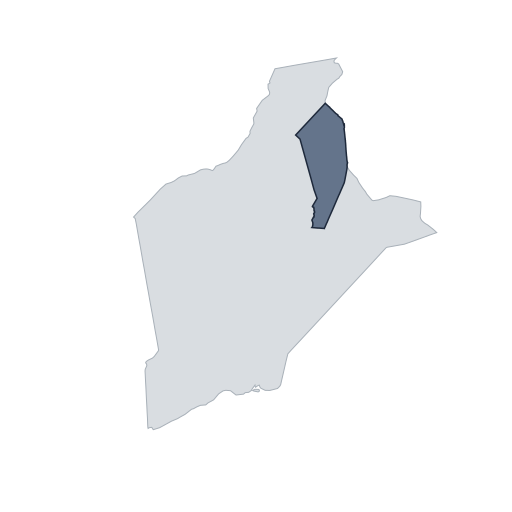 location of North Horr, Eastern, Kenya, rotated 43°
{"feature_id": "3690345B4448118045148", "entity_name": "North Horr", "entity_type": "district", "adm_level": 2, "iso_a3": "KEN", "parent_name": "Kenya", "parent_adm1": "Eastern", "projection": "equal_earth", "projection_center": [38.048, 3.18], "detail": "fine", "context": "in_parent", "style": "filled", "palette": "slate", "viewbox_px": 512, "rotation_deg": 43, "n_neighbors": 0, "source": "geoboundaries", "source_scale": "gbopen_adm2", "svg_char_len": 6169}
<svg xmlns="http://www.w3.org/2000/svg" viewBox="0 0 512 512"><g transform="rotate(43 256 256)"><path d="M139.9,311.0L139.8,304.3L140.5,287.3L140.4,272.3L141.1,264.8L143.8,260.1L145.1,256.7L146.0,251.8L147.4,247.9L150.6,244.7L151.2,243.0L154.7,237.6L156.7,230.8L158.3,228.4L160.2,226.3L161.6,225.2L163.9,224.0L165.7,223.4L166.0,222.8L166.1,221.7L165.5,217.5L166.3,216.1L167.5,213.2L168.9,210.6L170.1,208.9L170.8,207.2L171.2,204.2L171.2,202.1L171.2,198.6L170.8,190.7L169.4,184.2L168.5,176.8L169.1,174.4L168.0,170.1L167.4,169.8L166.5,168.9L165.3,164.8L164.4,161.1L163.8,160.2L159.9,156.9L158.0,149.3L155.8,147.6L154.7,140.0L154.4,137.8L155.7,130.2L155.6,128.5L154.3,126.9L150.6,125.2L147.6,122.1L148.0,121.0L148.2,119.9L146.7,119.1L142.2,106.1L148.0,98.4L153.9,90.5L161.5,80.5L168.5,71.3L174.5,63.4L179.8,56.3L179.7,57.7L179.7,59.5L180.4,60.6L181.5,61.3L183.0,60.5L184.3,59.4L185.6,59.2L193.7,62.1L195.0,64.7L194.9,67.5L195.3,69.5L194.7,71.5L194.0,77.5L194.2,83.1L196.6,87.2L198.7,90.5L200.4,95.0L201.7,96.4L203.4,97.2L208.9,97.3L217.1,97.6L225.0,97.9L225.7,98.0L227.4,98.7L234.6,104.8L241.2,110.4L246.9,115.3L252.3,120.1L257.6,124.7L261.7,128.5L265.8,129.7L272.3,130.3L276.9,130.4L281.1,132.1L287.4,133.6L292.0,134.3L294.9,135.2L302.7,136.1L304.0,135.6L307.4,131.3L311.3,124.4L312.8,120.6L317.8,116.8L326.6,111.5L332.8,107.8L339.6,104.1L342.8,107.3L347.1,112.5L349.0,115.1L350.6,116.2L352.9,117.0L355.8,117.0L357.3,116.9L360.5,116.2L367.9,115.6L372.2,115.6L368.6,122.5L364.4,130.8L356.5,146.1L350.5,154.1L345.9,160.2L345.5,161.2L345.5,168.0L345.6,184.5L345.7,217.6L345.8,250.7L345.9,283.7L345.9,300.3L346.0,305.8L349.9,312.8L353.8,319.5L359.0,328.5L361.8,333.3L362.2,335.0L362.1,338.2L357.8,344.9L354.3,348.0L349.7,349.4L348.3,349.2L346.4,348.2L345.7,349.8L345.2,352.3L344.1,351.8L343.3,351.1L343.8,355.5L344.3,357.7L343.6,360.7L341.3,363.3L341.1,365.5L336.2,371.3L329.2,371.9L325.5,374.8L323.9,377.1L322.7,382.3L323.1,390.1L321.1,396.1L320.8,399.2L317.2,403.1L315.6,406.7L314.4,410.4L313.4,412.0L312.1,420.2L310.5,425.1L310.0,426.8L309.6,428.3L308.3,431.2L307.4,433.2L306.8,434.5L302.6,447.3L299.3,453.1L296.6,452.4L294.9,454.6L294.7,455.7L293.8,455.1L291.6,453.0L287.2,448.6L282.7,444.3L278.3,440.0L273.8,435.7L269.3,431.3L264.9,427.0L260.4,422.7L255.9,418.3L253.3,415.8L252.2,414.3L251.2,411.3L250.8,410.5L249.6,409.6L248.2,409.4L247.8,408.8L247.8,407.4L248.3,405.3L249.9,401.3L250.1,399.0L249.8,396.3L249.3,392.1L248.8,391.1L245.9,388.9L239.7,384.2L233.5,379.6L227.3,374.9L221.1,370.2L214.9,365.6L208.6,360.9L202.4,356.2L196.2,351.6L190.0,346.9L183.8,342.2L177.6,337.6L171.4,332.9L165.2,328.2L159.0,323.6L152.8,318.9L146.6,314.2L144.2,312.5L142.1,311.0L139.9,311.0ZM346.4,356.3L345.3,356.7L345.9,354.4L349.1,351.6L350.4,352.2L350.6,352.9L350.5,353.5L350.0,354.1L346.4,356.3Z" fill="#d9dde1" stroke="#a8b0b8" stroke-width="1"/><path d="M286.6,187.4L286.4,187.0L286.3,186.6L286.0,185.9L285.1,183.3L285.0,182.8L284.8,182.3L284.4,181.3L284.2,180.7L283.7,179.4L283.5,178.8L283.0,177.4L280.7,170.7L280.1,169.0L277.9,162.9L275.1,155.1L274.8,154.0L274.6,153.5L273.9,151.5L273.7,151.0L272.8,148.4L270.8,142.8L270.6,142.3L270.4,141.9L268.9,139.4L263.0,130.1L262.7,129.8L262.5,129.4L261.9,128.8L261.7,128.5L261.3,128.1L260.9,127.8L260.8,127.6L260.6,127.5L260.5,127.4L260.4,127.1L260.2,127.0L260.1,126.9L260.0,126.7L259.9,126.5L259.8,126.3L259.7,126.2L259.7,125.9L259.4,125.4L259.2,125.2L259.0,125.3L258.2,124.7L257.8,124.4L257.3,124.0L256.8,123.7L256.6,123.4L256.4,123.2L255.8,122.7L255.4,122.3L254.8,121.8L254.5,121.5L253.6,120.8L253.4,120.6L253.0,120.2L252.5,119.8L252.1,119.4L251.1,118.5L250.7,118.2L250.2,117.7L249.9,117.4L249.3,116.9L249.0,116.6L248.5,116.1L248.2,115.8L247.2,114.9L246.3,114.0L244.7,112.5L244.5,112.3L243.3,111.3L242.9,110.8L242.6,110.6L242.4,110.4L241.9,110.1L241.6,109.7L240.0,108.4L239.5,107.9L239.3,107.8L238.8,107.3L237.9,106.5L237.7,106.4L237.3,106.0L237.1,105.8L236.7,105.5L236.3,105.1L235.9,104.8L234.7,103.8L234.5,103.6L234.1,103.2L234.0,103.3L233.9,103.2L233.6,103.0L233.4,102.8L233.4,102.7L233.0,101.8L232.9,101.7L232.8,101.4L232.7,101.3L232.5,101.2L232.4,101.1L232.2,101.1L231.8,100.8L231.7,100.6L231.7,100.4L231.5,100.1L231.4,100.1L231.0,99.7L231.0,99.8L230.9,99.9L230.7,100.2L230.4,99.9L230.2,99.9L230.0,99.7L229.8,99.4L229.7,99.4L229.4,99.2L228.9,99.2L227.5,98.1L226.6,97.9L225.6,97.2L224.7,97.2L223.8,97.3L221.9,97.4L221.4,97.4L220.8,97.5L220.3,97.5L220.3,97.4L219.8,97.0L219.2,97.0L216.9,97.4L216.1,97.3L214.9,97.3L214.5,97.3L213.2,97.2L212.7,97.2L212.2,97.2L210.7,97.2L208.7,97.1L208.2,96.9L207.8,97.1L202.5,97.1L202.5,103.9L202.5,112.6L202.5,140.5L208.5,140.5L243.8,162.1L253.3,168.0L256.4,169.6L257.5,170.2L260.4,171.7L261.1,172.1L261.4,172.2L262.1,175.4L263.4,181.3L263.6,181.4L263.8,181.5L264.0,181.4L264.3,181.3L264.5,181.3L264.5,181.2L264.8,181.1L265.0,181.0L265.3,181.2L265.3,181.3L265.5,181.5L265.9,181.6L266.0,181.7L266.2,182.0L266.3,182.1L266.5,182.3L266.8,182.5L267.0,182.6L267.1,182.8L267.2,183.0L267.3,183.1L267.5,183.1L267.8,183.1L268.0,183.2L268.0,183.3L268.3,183.4L268.3,183.5L268.5,183.7L268.5,183.8L268.8,183.9L268.8,184.0L269.0,184.1L269.0,184.3L269.0,184.5L269.2,184.8L269.3,184.8L269.3,185.0L269.3,185.4L269.3,185.6L269.4,185.8L269.5,185.8L269.8,185.9L270.0,185.9L270.1,186.0L270.2,186.3L270.3,186.3L270.4,186.5L270.5,186.6L270.8,186.7L271.0,186.7L271.1,186.8L271.2,187.1L271.3,187.2L271.3,187.3L271.4,187.5L271.4,187.8L271.5,187.8L271.7,188.0L271.8,188.0L271.8,188.3L271.7,188.3L271.7,188.6L271.7,188.8L271.7,189.0L271.7,189.3L271.8,189.4L271.8,189.5L271.9,189.8L272.0,190.0L272.1,190.3L272.1,190.5L272.1,190.8L272.1,191.0L272.3,191.3L272.4,191.5L272.5,191.5L272.7,191.8L272.8,191.8L273.0,191.9L273.1,192.0L273.7,192.3L273.9,192.4L274.4,192.6L274.8,192.9L275.0,193.1L275.4,193.5L275.7,193.7L275.9,194.0L276.1,194.2L276.3,194.4L276.4,194.6L276.5,194.8L276.7,195.0L276.8,195.3L276.9,195.5L277.0,195.7L277.2,196.0L277.3,196.3L277.5,196.7L277.5,197.0L279.1,195.8L279.3,195.6L280.1,195.0L282.0,193.5L282.2,193.4L282.4,193.2L282.7,192.9L283.5,192.2L285.2,190.9L286.9,189.5L287.2,189.3L287.1,189.2L286.9,188.7L286.9,188.4L286.8,188.2L286.7,187.7L286.6,187.4Z" fill="#64748b" stroke="#1e293b" stroke-width="1.5"/></g></svg>